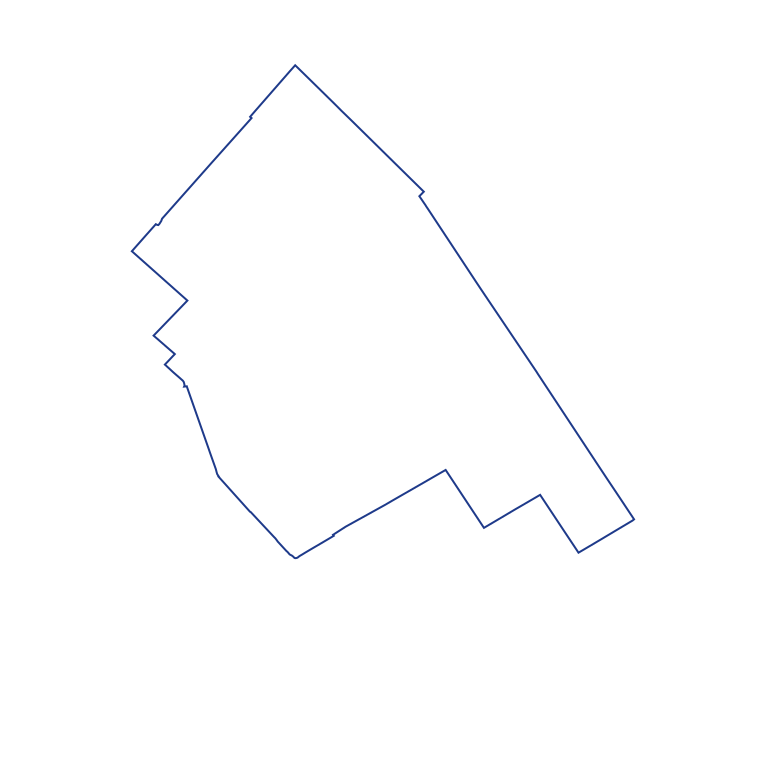 outline of Vadastrita, Olt, Romania, rotated 219°
{"feature_id": "2599482B53428634835124", "entity_name": "Vadastrita", "entity_type": "district", "adm_level": 2, "iso_a3": "ROU", "parent_name": "Romania", "parent_adm1": "Olt", "projection": "natural_earth1", "projection_center": [24.333, 43.838], "detail": "fine", "context": "isolated", "style": "outline", "palette": "blue", "viewbox_px": 768, "rotation_deg": 219, "n_neighbors": 0, "source": "geoboundaries", "source_scale": "gbopen_adm2", "svg_char_len": 1450}
<svg xmlns="http://www.w3.org/2000/svg" viewBox="0 0 768 768"><g transform="rotate(219 384 384)"><path d="M653.6,575.8L654.0,567.6L655.9,516.3L656.2,507.4L655.2,507.3L654.3,507.3L657.2,447.0L660.5,372.8L659.7,370.5L659.3,367.0L659.4,365.5L660.4,364.9L661.9,364.6L662.6,349.4L663.5,328.5L589.3,325.1L593.5,276.6L565.4,275.6L566.5,261.2L555.5,260.5L542.6,260.0L541.2,259.7L539.8,258.8L538.2,257.5L537.9,256.9L537.7,256.2L535.8,258.1L535.4,257.8L479.0,223.0L476.3,221.3L461.1,212.0L458.4,210.0L456.9,209.0L453.9,208.0L454.0,207.8L407.7,200.4L407.0,200.6L373.3,195.9L371.4,195.7L368.5,195.0L367.6,194.7L354.7,192.8L353.5,192.8L351.7,192.5L350.2,192.2L349.3,192.3L348.5,192.5L347.5,192.7L345.7,192.7L344.5,192.5L343.8,192.6L343.0,193.1L342.3,194.0L341.9,194.7L341.4,197.0L340.7,198.9L340.6,199.1L338.9,203.9L338.7,204.4L337.3,208.2L335.2,213.8L331.7,223.1L327.5,234.4L328.7,234.7L324.0,249.0L307.2,290.5L304.2,298.4L282.0,356.0L215.8,335.1L212.1,345.0L202.9,369.8L201.7,372.9L192.9,396.1L150.0,382.6L129.5,376.2L126.7,375.3L124.3,381.7L116.9,401.6L116.0,404.1L111.2,417.2L104.9,434.3L104.5,436.2L130.3,444.3L150.3,450.5L170.0,456.7L171.0,457.0L172.4,457.5L174.7,458.2L258.3,484.7L270.9,488.7L272.9,489.4L361.6,516.6L368.7,518.8L376.4,521.2L460.3,547.8L463.0,548.6L464.3,549.1L466.7,549.8L474.7,552.2L474.3,556.5L474.1,558.5L577.2,568.5L588.5,569.5L597.9,570.5L608.2,571.5L648.1,575.3L653.6,575.8Z" fill="none" stroke="#1e3a8a" stroke-width="2"/></g></svg>